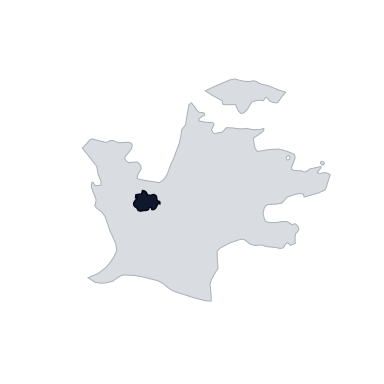 location of Saatlı within Azerbaijan, rotated 144°
{"feature_id": "AZE-1713", "entity_name": "Saatlı", "entity_type": "District", "adm_level": 1, "iso_a3": "AZE", "parent_name": "Azerbaijan", "parent_adm1": "", "projection": "robinson", "projection_center": [48.434, 39.807], "detail": "fine", "context": "in_parent", "style": "filled", "palette": "ink", "viewbox_px": 384, "rotation_deg": 144, "n_neighbors": 0, "source": "natural_earth", "source_scale": "10m", "svg_char_len": 3950}
<svg xmlns="http://www.w3.org/2000/svg" viewBox="0 0 384 384"><g transform="rotate(144 192 192)"><path d="M254.9,292.1L253.5,292.0L243.6,294.3L241.5,293.6L233.0,283.2L231.3,282.1L227.6,281.6L225.5,280.0L223.8,277.2L222.8,275.1L214.0,269.6L212.7,267.5L212.5,265.7L213.8,264.1L215.3,262.7L219.6,261.3L224.6,260.1L226.2,259.3L227.0,257.8L226.9,255.4L226.1,253.1L219.0,248.8L218.2,247.0L218.0,244.7L218.4,242.4L219.5,240.5L225.3,238.0L228.5,235.4L226.5,232.5L220.2,225.9L212.8,218.7L207.8,218.6L202.0,220.7L192.8,226.9L187.7,229.6L181.1,234.0L173.8,238.8L167.9,244.0L164.1,248.3L157.6,250.2L154.2,253.8L143.1,264.5L140.0,264.4L139.8,259.1L140.0,254.8L139.4,252.4L135.8,249.0L135.8,247.6L136.7,246.7L139.5,247.2L143.0,247.1L144.7,245.7L140.9,241.3L137.6,238.4L134.8,236.4L134.2,235.2L134.2,234.4L134.8,233.4L139.6,231.0L140.1,228.7L139.8,226.2L132.2,222.6L126.4,223.9L121.3,219.8L118.0,216.6L113.9,213.2L110.2,211.3L106.7,207.1L100.6,202.6L96.7,201.4L96.7,200.7L97.5,199.9L99.1,199.2L110.1,199.4L111.4,198.6L112.1,196.7L113.7,194.0L115.4,189.9L115.3,186.4L104.4,180.9L96.5,175.7L91.1,169.0L87.4,162.8L87.6,160.8L88.7,158.8L97.3,153.1L97.9,151.7L97.7,150.6L94.7,147.7L90.9,144.7L89.8,142.5L87.4,141.4L82.8,141.3L74.9,137.7L73.2,137.3L72.8,136.6L73.2,135.8L78.9,134.3L78.9,133.1L77.2,131.5L74.0,130.3L71.1,127.4L70.1,124.7L80.5,117.0L83.5,115.5L90.3,116.9L104.2,122.0L103.2,124.8L104.6,126.4L107.8,128.6L113.9,130.8L119.1,132.0L121.8,131.0L125.8,130.2L131.0,132.7L135.8,135.9L138.2,137.2L139.5,137.6L143.1,136.5L147.5,132.4L149.3,127.4L149.8,125.0L147.3,121.7L142.1,118.0L136.2,114.9L132.4,112.1L130.1,106.6L127.6,106.0L127.0,105.2L126.6,103.4L126.8,100.7L127.6,98.7L130.0,97.8L132.4,97.5L134.6,95.6L137.4,91.8L138.6,89.7L143.7,90.9L144.3,94.3L145.2,95.0L147.4,94.6L150.9,93.2L153.7,94.3L157.3,98.3L162.3,102.6L165.0,105.5L166.0,107.4L168.6,109.3L172.3,111.6L175.3,115.1L177.9,123.3L180.6,125.2L190.3,128.3L193.6,129.0L203.2,130.1L206.5,129.3L211.4,122.2L215.8,114.9L219.9,113.4L227.4,109.9L231.8,106.6L233.7,103.0L237.9,96.2L240.5,92.4L244.8,95.8L252.4,105.0L263.3,119.9L265.9,124.1L267.7,129.0L269.2,134.9L271.7,140.2L282.8,153.4L287.6,158.3L295.4,164.6L298.1,166.0L301.8,166.4L308.4,166.4L314.6,168.9L317.6,170.6L320.8,173.1L323.6,176.0L326.5,183.8L315.8,181.2L305.1,181.6L299.0,183.3L293.1,185.5L287.5,188.7L284.0,195.0L281.0,209.5L276.7,223.1L276.9,229.4L278.8,235.5L278.6,238.3L276.6,239.6L274.1,242.1L270.8,254.6L269.1,257.1L267.0,258.7L266.4,257.2L266.5,253.9L261.8,251.0L259.3,254.3L257.6,261.2L254.2,268.4L254.0,269.8L254.9,292.1ZM95.8,164.1L96.4,162.2L95.0,161.3L93.6,161.3L92.4,162.2L92.3,164.7L94.0,165.1L95.8,164.1ZM59.8,220.6L58.2,218.6L57.5,217.5L62.2,216.6L70.2,213.9L72.3,215.2L74.6,217.9L75.7,220.3L75.9,224.6L76.8,225.3L80.7,223.9L82.4,225.6L85.3,227.7L90.5,229.8L97.9,226.6L101.6,225.7L104.6,225.8L106.3,226.8L106.8,230.2L106.2,234.4L105.3,236.6L106.8,238.3L112.9,242.3L115.4,244.6L114.1,248.4L118.6,257.9L120.1,261.6L121.8,266.1L112.5,264.3L95.8,260.5L91.2,258.5L86.9,253.3L84.4,250.7L80.6,247.5L77.4,246.2L75.1,243.9L73.8,240.6L71.8,237.6L68.4,234.0L60.8,221.9L59.8,220.6ZM70.9,140.1L69.9,140.8L68.3,140.1L67.8,138.6L68.0,137.1L69.6,136.7L70.8,137.2L71.2,138.6L70.9,140.1Z" fill="#d9dde1" stroke="#a8b0b8" stroke-width="1"/><path d="M232.7,200.1L233.8,200.6L234.8,201.4L234.5,202.2L234.1,203.1L234.6,204.0L235.4,204.5L236.0,204.6L236.5,204.1L237.5,203.5L238.7,203.5L240.8,204.6L242.8,205.9L244.8,206.7L246.3,208.6L246.3,209.8L246.0,210.8L246.2,212.3L246.8,213.6L246.8,215.7L245.6,217.4L243.4,218.4L241.1,218.9L239.7,220.0L241.0,220.6L239.0,222.7L236.6,221.5L233.9,220.0L231.2,222.3L230.1,221.1L229.3,219.7L229.3,218.4L229.4,217.1L229.6,216.3L229.7,215.6L227.5,213.6L224.6,212.7L223.8,211.5L223.3,210.2L223.7,208.6L224.5,207.2L225.1,205.9L224.9,204.6L224.3,203.9L223.8,203.3L224.3,202.2L225.0,201.3L225.8,202.5L226.8,202.4L228.1,201.7L229.3,201.1L231.0,200.3L232.7,200.1Z" fill="#0f172a" stroke="#020617" stroke-width="1.5"/></g></svg>